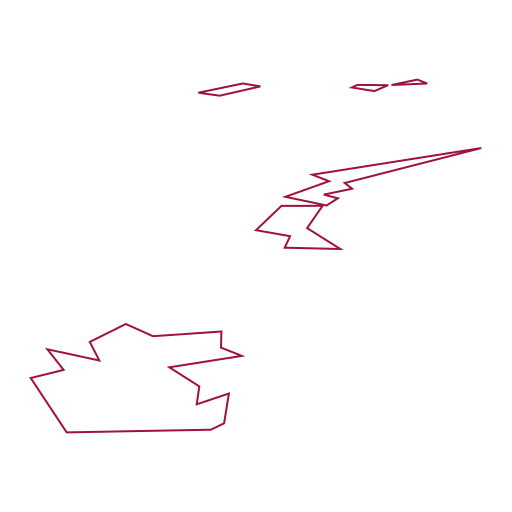 Arkhangel'sk, Natural Earth projection
{"feature_id": "RUS-2354", "entity_name": "Arkhangel'sk", "entity_type": "Region", "adm_level": 1, "iso_a3": "RUS", "parent_name": "Russia", "parent_adm1": "", "projection": "natural_earth1", "projection_center": [52.194, 71.252], "detail": "coarse", "context": "isolated", "style": "outline", "palette": "rose", "viewbox_px": 512, "rotation_deg": 0, "n_neighbors": 0, "source": "natural_earth", "source_scale": "10m", "svg_char_len": 711}
<svg xmlns="http://www.w3.org/2000/svg" viewBox="0 0 512 512"><path d="M30.7,378.0L63.6,369.9L47.4,349.3L99.3,360.5L89.8,341.9L125.8,324.0L153.0,336.2L221.4,331.5L221.0,347.6L241.8,355.9L169.3,367.3L199.3,386.4L196.7,404.3L228.9,393.5L224.1,423.3L210.8,429.7L66.7,432.4L30.7,378.0ZM329.0,181.2L312.3,174.7L481.3,148.0L344.7,183.0L352.1,188.7L323.8,194.6L337.9,198.3L326.5,205.5L285.4,196.8L329.0,181.2ZM256.0,230.2L281.4,205.9L322.6,205.8L307.1,228.1L340.3,249.0L284.7,247.7L290.1,236.2L256.0,230.2ZM260.4,86.4L219.7,95.7L198.4,92.7L242.8,83.5L260.4,86.4ZM388.1,85.2L374.4,91.1L351.9,87.5L357.4,84.9L388.1,85.2ZM391.5,85.0L417.4,79.6L427.2,83.5L391.5,85.0Z" fill="none" stroke="#9f1239" stroke-width="2"/></svg>